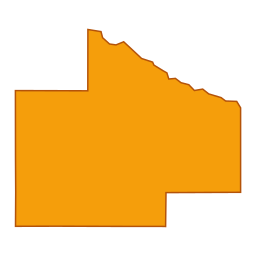 outline of Redwood, Minnesota, United States of America
{"feature_id": "52423323B50406906000435", "entity_name": "Redwood", "entity_type": "district", "adm_level": 2, "iso_a3": "USA", "parent_name": "United States of America", "parent_adm1": "Minnesota", "projection": "natural_earth1", "projection_center": [-95.193, 44.447], "detail": "fine", "context": "isolated", "style": "filled", "palette": "amber", "viewbox_px": 256, "rotation_deg": 0, "n_neighbors": 0, "source": "geoboundaries", "source_scale": "gbopen_adm2", "svg_char_len": 511}
<svg xmlns="http://www.w3.org/2000/svg" viewBox="0 0 256 256"><path d="M15.5,226.3L56.1,226.2L128.1,226.4L161.7,226.4L165.6,226.5L166.0,192.6L240.6,192.3L240.6,107.8L236.7,101.4L225.6,101.0L221.1,97.6L208.7,93.9L202.7,89.1L194.4,90.5L188.8,84.7L181.0,82.7L175.4,78.4L168.8,79.0L166.9,72.9L163.0,70.7L153.9,65.1L152.6,62.1L141.6,58.5L123.7,41.8L116.0,44.9L109.5,44.0L102.6,37.7L101.0,31.6L87.9,29.5L87.8,90.8L15.4,90.6L15.5,157.9L15.7,192.1L15.5,226.3Z" fill="#f59e0b" stroke="#b45309" stroke-width="1.5"/></svg>